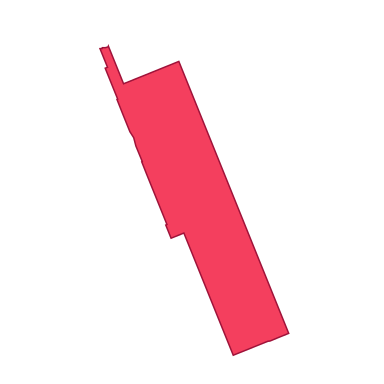 outline of Navajo, Arizona, United States of America, rotated 158°
{"feature_id": "52423323B83526967033235", "entity_name": "Navajo", "entity_type": "district", "adm_level": 2, "iso_a3": "USA", "parent_name": "United States of America", "parent_adm1": "Arizona", "projection": "mercator", "projection_center": [-110.189, 35.286], "detail": "fine", "context": "isolated", "style": "filled", "palette": "rose", "viewbox_px": 384, "rotation_deg": 158, "n_neighbors": 0, "source": "geoboundaries", "source_scale": "gbopen_adm2", "svg_char_len": 641}
<svg xmlns="http://www.w3.org/2000/svg" viewBox="0 0 384 384"><g transform="rotate(158 192 192)"><path d="M155.3,24.7L155.3,53.5L155.3,215.3L155.3,248.6L155.3,248.9L155.3,291.0L155.3,292.6L155.3,318.0L214.9,318.0L214.9,358.5L215.3,358.0L218.0,358.2L221.1,359.4L221.6,358.7L223.6,359.4L223.6,339.3L226.1,339.3L226.1,305.9L226.9,305.9L227.0,290.8L227.0,272.5L227.0,271.1L225.7,264.2L226.8,255.7L226.7,238.8L227.3,238.8L227.4,224.8L227.4,205.0L227.4,171.2L228.7,171.2L228.7,157.0L214.9,157.0L214.9,25.2L213.2,25.2L177.6,25.2L175.9,24.7L175.2,24.6L167.3,24.7L165.2,24.7L155.3,24.7Z" fill="#f43f5e" stroke="#9f1239" stroke-width="1.5"/></g></svg>